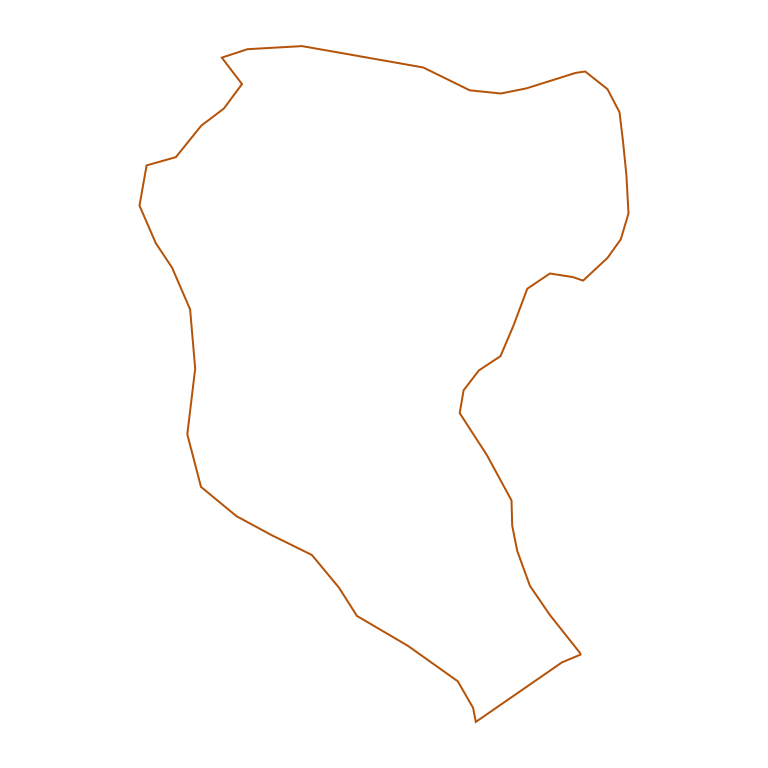 map outline of Manatuto (Albers equal-area conic projection)
{"feature_id": "TLS-550", "entity_name": "Manatuto", "entity_type": "District", "adm_level": 1, "iso_a3": "TLS", "parent_name": "East Timor", "parent_adm1": "", "projection": "albers", "projection_center": [126.0, -8.769], "detail": "fine", "context": "isolated", "style": "outline", "palette": "amber", "viewbox_px": 768, "rotation_deg": 0, "n_neighbors": 0, "source": "natural_earth", "source_scale": "10m", "svg_char_len": 800}
<svg xmlns="http://www.w3.org/2000/svg" viewBox="0 0 768 768"><path d="M580.5,654.6L561.9,662.4L475.8,721.9L473.1,707.9L457.8,681.3L408.0,645.9L357.0,616.0L339.0,587.7L311.9,555.0L271.9,535.3L236.5,516.2L201.0,486.9L187.3,434.3L195.2,368.5L194.9,365.2L190.1,309.4L172.1,267.7L155.8,243.2L139.5,205.6L146.6,165.4L175.9,157.1L201.3,125.6L223.8,108.6L242.0,84.1L221.8,57.6L247.4,49.2L302.0,46.1L423.3,67.5L469.7,90.3L500.9,93.5L526.3,88.4L575.5,72.9L585.2,71.5L607.5,89.2L619.5,112.2L622.8,139.6L626.4,175.0L628.5,213.4L620.8,239.3L607.4,258.0L583.1,280.6L572.9,277.1L549.9,273.5L527.3,288.7L513.4,325.8L500.5,356.1L478.9,370.4L463.6,390.3L459.7,413.1L487.0,455.3L511.5,500.4L512.2,525.6L517.2,550.8L529.9,585.8L549.8,614.9L580.2,653.2L580.5,654.6Z" fill="none" stroke="#b45309" stroke-width="2"/></svg>